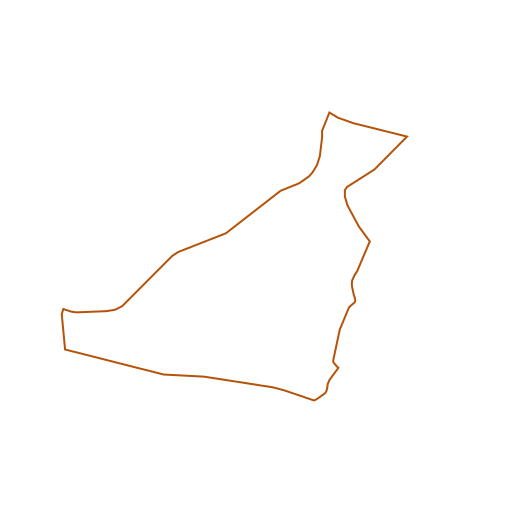 an SVG outline of Khartoum, rotated 303°
{"feature_id": "SDN-874", "entity_name": "Khartoum", "entity_type": "Region", "adm_level": 1, "iso_a3": "SDN", "parent_name": "Sudan", "parent_adm1": "", "projection": "equal_earth", "projection_center": [32.98, 15.925], "detail": "fine", "context": "isolated", "style": "outline", "palette": "amber", "viewbox_px": 512, "rotation_deg": 303, "n_neighbors": 0, "source": "natural_earth", "source_scale": "10m", "svg_char_len": 921}
<svg xmlns="http://www.w3.org/2000/svg" viewBox="0 0 512 512"><g transform="rotate(303 256 256)"><path d="M330.2,343.5L298.5,349.1L293.4,349.1L287.6,350.0L284.3,351.9L282.0,353.8L276.2,359.7L274.7,361.7L273.9,362.5L272.5,363.6L271.5,363.9L270.6,363.9L264.4,362.1L263.5,362.0L240.0,366.3L211.6,377.2L209.6,378.2L209.1,378.9L208.6,379.9L207.4,384.2L207.1,386.0L192.2,385.1L187.3,386.0L185.1,387.2L181.2,388.6L179.7,388.7L178.4,388.6L168.7,384.8L166.4,383.2L158.7,352.8L155.1,341.8L126.5,278.1L106.3,243.1L73.6,146.8L101.5,124.7L106.6,123.3L108.8,131.6L111.0,136.2L128.5,160.9L134.3,167.2L141.1,171.1L210.5,185.7L216.9,188.5L258.7,218.4L324.1,241.1L340.5,252.6L351.7,257.1L356.9,257.9L365.6,257.6L374.7,255.1L392.1,246.5L396.8,243.3L416.3,239.4L416.6,249.4L420.4,265.3L438.4,317.6L393.0,308.2L363.4,294.7L359.6,294.7L354.2,298.2L348.1,305.4L336.7,326.3L330.2,343.5Z" fill="none" stroke="#b45309" stroke-width="2"/></g></svg>